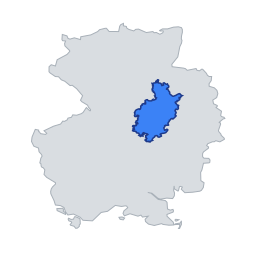 Hessen highlighted on a map of Germany, rotated 175°
{"feature_id": "DEU-1574", "entity_name": "Hessen", "entity_type": "State", "adm_level": 1, "iso_a3": "DEU", "parent_name": "Germany", "parent_adm1": "", "projection": "equal_earth", "projection_center": [9.183, 50.526], "detail": "fine", "context": "in_parent", "style": "filled", "palette": "blue", "viewbox_px": 256, "rotation_deg": 175, "n_neighbors": 0, "source": "natural_earth", "source_scale": "10m", "svg_char_len": 8928}
<svg xmlns="http://www.w3.org/2000/svg" viewBox="0 0 256 256"><g transform="rotate(175 128 128)"><path d="M108.9,225.6L101.4,221.5L94.8,221.9L93.7,220.6L91.5,220.7L88.1,218.6L85.1,219.8L84.4,221.0L84.6,221.7L87.6,221.8L88.0,222.4L85.0,223.7L79.9,223.3L73.9,224.5L68.9,224.4L66.0,223.3L65.3,221.4L65.5,218.6L66.7,214.9L67.1,212.2L66.6,210.5L67.3,207.9L69.3,204.5L72.2,194.5L78.8,187.6L78.7,185.2L67.4,182.8L65.6,182.1L64.0,180.3L55.0,181.3L54.3,179.5L51.9,178.7L49.4,180.2L48.5,180.0L45.1,175.6L44.3,173.6L42.7,172.2L40.2,172.0L41.0,167.9L43.4,165.0L43.5,162.5L38.5,160.5L36.1,157.7L35.5,154.4L37.0,150.6L41.1,148.4L40.7,144.7L37.2,142.7L37.0,142.1L38.5,140.7L33.4,136.6L34.6,132.4L33.8,131.2L31.4,130.3L30.7,129.0L32.4,128.7L36.5,125.9L36.7,125.4L35.5,125.0L35.4,123.8L38.1,117.7L38.0,116.7L35.9,113.7L35.9,112.7L33.0,109.4L33.0,108.3L37.7,106.2L41.7,107.7L43.1,106.8L45.1,106.9L49.9,105.4L51.2,103.6L49.4,102.1L49.6,100.9L54.9,97.6L55.9,96.0L56.2,93.0L55.5,91.9L54.9,91.3L50.2,90.7L49.1,89.0L49.5,86.7L50.3,86.2L55.9,86.3L58.1,79.6L59.5,77.5L60.0,69.2L57.0,66.8L58.2,62.1L60.3,59.5L61.9,58.8L69.1,58.4L77.0,58.6L80.3,62.4L79.0,64.4L80.9,65.3L81.9,65.0L83.1,61.4L83.7,60.8L87.0,63.2L87.1,66.3L88.0,62.1L87.3,59.1L87.8,56.3L89.7,53.8L95.5,54.8L101.9,54.3L104.3,55.4L109.8,60.9L113.9,62.1L110.8,61.0L104.1,54.2L97.2,52.5L95.6,50.6L95.7,43.9L93.1,42.5L90.3,43.0L89.9,41.5L90.4,40.3L96.7,38.5L96.8,36.7L91.1,30.2L90.9,27.4L95.7,27.6L101.5,28.9L102.9,29.8L110.3,28.6L116.0,30.5L118.7,33.3L118.9,35.6L115.6,38.4L121.3,38.0L122.7,40.1L125.8,39.3L133.5,42.4L139.3,40.8L140.4,43.4L139.2,45.9L135.2,48.6L136.1,50.3L137.4,50.7L141.3,50.4L147.4,52.0L155.6,46.8L162.1,46.2L171.5,38.6L180.9,40.0L183.5,43.3L189.8,47.0L195.5,46.6L197.6,50.1L198.7,54.4L202.1,56.6L207.0,57.6L208.0,62.1L210.6,69.2L210.6,71.4L209.8,73.9L208.3,75.9L205.2,78.4L205.0,79.8L213.3,85.9L215.7,89.0L214.5,93.5L215.8,95.7L217.2,96.4L217.8,97.5L217.9,100.1L218.9,100.9L217.4,105.6L216.0,107.5L216.5,109.2L218.7,112.1L218.9,115.8L223.4,118.1L225.3,123.0L224.4,127.3L220.5,134.7L217.2,133.7L217.3,132.1L216.7,132.0L215.6,130.0L210.7,128.8L209.4,129.8L211.9,132.6L202.0,136.3L194.8,137.8L192.3,140.6L190.9,140.1L188.0,141.3L186.9,143.1L183.4,143.6L181.9,145.9L178.0,145.2L173.4,146.3L171.4,147.4L167.7,152.0L164.6,148.5L163.9,148.5L163.7,149.6L165.6,152.2L166.3,154.3L171.7,158.2L172.9,159.8L170.4,164.1L175.8,171.7L179.8,175.4L182.0,175.3L186.9,180.1L190.2,181.8L192.7,185.1L195.9,185.6L200.8,189.6L201.8,190.9L201.3,195.9L199.0,197.7L194.9,196.1L192.6,202.2L182.3,206.6L179.4,209.3L179.4,210.2L183.7,215.3L183.8,217.7L182.6,220.1L185.6,220.7L186.1,222.0L185.3,226.9L180.8,225.1L179.9,222.4L178.0,221.6L173.6,222.5L167.6,220.2L167.1,223.0L156.9,224.0L149.8,226.7L147.8,228.4L142.2,229.3L140.8,229.2L138.4,225.8L128.9,224.9L127.4,230.1L126.2,231.6L123.4,232.6L123.7,230.2L120.8,229.3L120.6,227.8L118.7,226.2L113.8,224.2L111.7,225.6L108.9,225.6ZM195.0,40.7L195.6,42.5L195.0,43.3L192.7,41.9L190.3,41.9L189.0,44.2L188.0,44.2L184.3,42.2L183.7,41.2L183.9,36.6L185.0,35.6L185.1,34.2L187.1,32.7L188.8,32.6L190.3,34.8L193.8,36.2L194.1,36.8L192.3,38.6L192.7,39.6L195.0,40.7ZM205.8,51.9L205.9,53.9L199.9,53.7L199.4,52.2L199.7,50.7L197.7,49.0L197.7,47.3L205.8,51.9ZM84.2,28.8L82.9,30.9L83.2,27.3L85.4,23.4L86.4,23.5L85.1,25.3L84.9,27.5L90.0,27.7L89.4,28.4L84.2,28.8ZM144.8,39.8L141.7,39.9L139.2,38.6L140.7,36.9L143.8,37.7L144.8,39.8ZM89.2,32.3L88.4,32.9L85.3,32.2L87.6,31.1L88.9,31.3L89.2,32.3Z" fill="#d9dde1" stroke="#a8b0b8" stroke-width="1"/><path d="M117.7,119.6L117.3,119.8L117.1,120.1L117.3,120.7L117.6,121.0L117.6,121.7L118.0,121.8L118.4,122.1L118.8,122.1L119.8,122.4L119.9,122.5L119.8,122.9L119.9,123.1L120.3,123.3L120.4,123.8L121.9,124.3L122.5,124.3L123.7,124.9L123.7,125.0L123.3,125.5L123.2,125.8L123.1,126.6L122.7,126.4L122.7,126.2L122.5,125.9L121.7,126.0L121.7,126.3L121.8,126.6L122.4,126.7L122.3,127.1L121.9,127.6L121.8,128.2L121.8,128.3L122.2,128.4L122.5,128.6L122.9,128.6L123.2,129.0L123.3,129.3L122.9,129.9L121.7,130.0L121.4,129.8L121.4,129.6L121.0,129.7L120.8,129.6L119.9,129.6L119.4,129.9L119.3,130.3L119.4,130.5L119.7,130.9L119.8,131.2L119.7,131.4L119.1,131.5L118.0,131.4L117.9,131.4L117.8,131.6L117.9,131.9L118.2,131.7L118.2,132.1L118.3,132.4L118.7,132.0L119.0,132.0L119.5,132.3L119.8,132.7L120.0,133.0L119.4,133.6L119.3,133.8L119.4,134.0L119.3,134.3L118.3,134.6L117.8,134.8L117.8,135.0L117.6,135.3L117.7,135.9L117.3,136.0L117.2,136.2L117.5,136.6L117.4,137.0L117.0,137.8L117.0,138.1L116.6,138.5L116.3,138.8L116.3,139.5L116.9,139.6L117.5,139.9L117.8,139.9L118.0,139.6L117.7,139.2L117.8,138.9L119.0,138.6L120.2,138.9L120.4,139.4L120.5,140.0L120.4,140.2L120.1,140.2L119.9,140.5L119.9,140.8L119.9,141.5L120.1,141.9L119.8,142.8L120.1,142.9L119.8,143.4L118.9,144.8L118.5,145.1L117.2,145.7L115.6,146.1L115.2,146.1L114.7,145.5L114.2,145.7L113.9,146.0L113.4,147.5L113.5,148.6L113.0,149.1L112.1,149.3L111.9,149.5L111.6,150.0L111.6,150.4L111.8,150.5L111.7,150.6L110.6,150.9L110.3,150.9L109.9,150.7L109.5,150.8L109.1,150.5L108.9,150.6L108.4,150.5L108.3,150.8L108.4,151.3L108.2,152.1L108.3,152.2L108.8,152.3L108.5,153.1L108.4,153.2L108.6,153.8L108.4,154.0L107.1,154.5L106.2,154.5L105.6,153.6L104.6,153.2L102.5,153.0L101.7,153.2L101.5,153.7L101.2,154.1L100.7,154.3L100.8,153.9L99.9,153.5L98.7,154.0L98.0,154.1L97.8,154.3L97.7,154.4L97.6,155.2L97.2,155.3L97.0,155.5L97.3,155.7L97.8,155.6L98.1,155.7L98.2,156.4L98.4,156.7L98.4,157.0L98.6,157.5L98.1,157.4L98.1,159.5L98.8,161.4L99.0,161.6L99.3,161.3L99.5,161.3L99.4,162.0L99.6,162.4L99.9,162.6L100.3,162.6L100.5,162.8L100.4,163.1L100.1,163.5L100.7,164.0L100.3,164.7L100.3,164.9L100.4,165.2L100.1,165.5L99.6,165.6L99.6,165.9L99.9,166.8L99.1,167.6L99.1,167.8L99.6,168.2L99.9,168.6L99.7,168.9L99.2,168.6L99.1,168.8L99.6,169.4L100.2,170.2L100.2,170.4L99.7,170.2L99.1,170.2L98.4,170.6L98.2,170.6L97.7,170.6L96.5,170.6L95.9,171.2L96.3,171.7L96.3,171.9L96.2,172.1L95.6,172.4L95.5,172.2L95.4,172.1L95.1,172.7L94.3,173.5L93.5,173.3L93.4,173.2L93.4,172.8L93.8,172.6L93.9,172.4L93.8,171.8L93.8,171.5L94.3,171.1L94.7,171.4L94.8,171.3L95.2,170.8L95.2,170.7L93.8,170.6L93.3,170.0L92.4,170.0L91.4,169.5L91.2,169.3L90.8,168.6L90.7,168.3L90.9,168.1L90.8,167.9L90.6,167.6L90.5,167.3L88.8,167.7L88.8,167.8L89.2,169.2L89.2,169.4L89.1,169.6L88.1,169.9L86.7,168.7L86.2,168.3L85.6,168.2L84.9,168.5L84.6,167.6L83.7,166.2L83.8,165.4L84.1,164.9L84.7,164.6L85.4,164.5L86.2,163.6L86.2,163.3L85.9,163.2L85.1,163.3L84.8,162.6L84.4,162.0L84.2,161.3L83.5,160.3L83.3,160.0L83.6,159.0L83.2,158.1L80.9,155.9L80.4,155.7L79.8,155.7L77.1,156.5L76.2,157.0L75.2,157.4L74.3,157.7L73.4,157.7L73.0,157.2L73.0,156.9L72.8,156.7L71.4,155.6L71.1,155.5L72.6,154.7L72.8,154.1L73.0,153.7L73.8,153.7L74.2,154.0L74.4,154.0L74.6,153.3L74.0,152.9L73.9,152.7L73.9,152.3L74.1,151.8L74.4,151.5L75.7,151.0L75.9,150.7L76.3,151.0L76.6,151.1L77.0,150.5L76.8,150.3L76.8,150.1L77.0,149.8L78.1,149.8L78.5,149.8L78.7,149.6L78.7,149.3L78.4,148.5L78.3,148.3L77.8,148.0L77.2,146.9L76.8,146.7L76.7,146.4L75.7,146.2L75.6,145.9L75.9,145.8L76.1,145.0L76.5,144.6L76.1,144.3L76.1,143.1L76.2,142.8L76.6,142.6L76.9,142.2L77.3,142.1L77.7,142.2L78.1,142.6L78.6,142.6L79.1,142.2L79.7,141.0L79.6,140.9L79.4,140.8L79.2,140.6L79.2,140.2L78.7,139.3L79.0,138.8L79.0,138.4L79.3,138.0L79.7,137.7L79.9,136.7L79.2,136.2L79.0,135.9L79.1,135.7L80.2,134.9L80.4,134.5L80.8,134.3L82.3,133.1L82.7,133.1L82.9,133.5L83.0,133.6L84.0,133.6L84.6,133.2L84.7,132.8L85.3,132.3L85.7,132.1L86.1,132.1L86.2,131.3L86.7,130.6L87.1,130.4L87.5,129.7L87.8,129.3L87.6,128.5L87.7,128.1L87.3,127.5L87.4,127.3L89.6,127.3L90.3,127.5L91.3,127.0L91.3,126.8L91.1,126.3L92.2,125.2L92.3,125.0L92.3,124.7L91.8,123.1L91.6,123.0L91.7,122.6L91.4,122.5L90.9,122.9L89.9,123.0L89.6,123.3L89.4,123.4L89.1,123.3L88.9,122.9L88.5,122.6L88.9,121.9L90.1,120.8L90.2,120.6L90.6,120.4L90.8,120.1L91.8,119.8L92.7,119.7L93.5,119.6L94.5,119.7L95.3,119.3L96.2,119.3L96.3,119.2L96.5,118.7L96.3,118.6L95.8,118.5L95.7,117.7L95.4,117.3L95.4,117.0L95.6,116.9L96.7,116.5L97.9,116.1L99.2,116.7L99.3,116.8L99.4,117.1L99.3,117.5L99.8,117.9L100.8,118.0L101.6,117.6L102.1,117.5L102.3,116.7L103.8,115.9L104.1,115.4L104.7,114.9L105.1,113.9L104.6,113.5L104.9,113.4L106.4,113.0L106.9,112.4L107.0,112.5L107.4,112.2L107.9,112.3L108.0,112.8L108.3,113.0L108.7,112.9L109.2,112.6L109.5,112.9L109.9,113.0L110.7,112.9L110.9,113.3L111.4,113.5L111.7,114.1L112.1,114.5L111.9,114.8L111.1,114.5L111.2,115.1L110.7,115.0L110.5,115.8L110.2,115.9L110.6,116.8L110.9,117.1L111.1,117.2L110.9,117.5L111.1,117.8L111.0,118.2L111.1,118.8L111.0,119.0L109.8,119.1L109.5,119.6L109.7,119.9L109.7,120.1L108.9,120.0L109.0,120.2L109.6,120.6L111.5,121.2L111.8,121.2L112.0,121.4L112.6,122.0L112.9,122.0L113.9,121.4L114.0,121.0L114.2,120.7L113.5,120.9L112.8,120.4L112.7,120.1L113.8,119.5L114.3,119.3L114.6,119.1L114.4,118.8L114.7,118.9L115.2,119.1L115.6,119.7L115.8,119.8L116.1,119.6L115.8,119.0L115.8,118.8L116.3,118.8L116.5,118.6L116.8,119.0L117.7,119.6Z" fill="#3b82f6" stroke="#1e3a8a" stroke-width="1.5"/></g></svg>